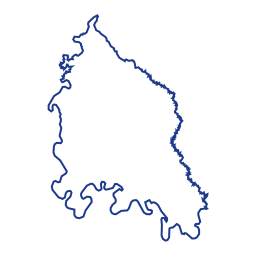 the district of Taraira, Vaupés, Colombia
{"feature_id": "7082276B12935674193542", "entity_name": "Taraira", "entity_type": "district", "adm_level": 2, "iso_a3": "COL", "parent_name": "Colombia", "parent_adm1": "Vaupés", "projection": "natural_earth1", "projection_center": [-69.918, -0.672], "detail": "fine", "context": "isolated", "style": "outline", "palette": "blue", "viewbox_px": 256, "rotation_deg": 0, "n_neighbors": 0, "source": "geoboundaries", "source_scale": "gbopen_adm2", "svg_char_len": 5792}
<svg xmlns="http://www.w3.org/2000/svg" viewBox="0 0 256 256"><path d="M204.9,208.5L205.2,208.0L206.0,209.0L207.1,208.6L205.3,206.8L206.1,206.8L206.6,204.3L207.4,203.4L206.3,203.9L205.6,203.2L205.4,201.5L204.9,202.8L205.0,201.7L203.2,201.4L202.7,199.1L204.1,200.2L203.8,199.2L205.1,198.4L204.5,197.4L207.1,196.7L205.6,196.8L205.0,195.7L207.1,195.8L207.4,194.1L204.5,195.3L203.9,192.5L202.0,193.8L201.1,192.5L200.3,193.2L200.2,192.1L198.8,191.0L199.7,187.9L198.6,187.5L198.1,185.9L197.4,186.2L195.6,183.9L194.4,184.9L194.5,183.2L193.2,184.2L193.7,183.0L191.6,182.2L191.3,179.8L190.4,180.8L189.8,179.1L188.7,179.6L188.2,179.2L189.0,178.5L188.0,177.6L188.4,175.9L187.0,175.1L189.5,174.2L187.7,173.1L189.3,172.7L188.7,172.3L189.2,171.3L187.8,170.0L189.0,169.2L187.5,168.8L188.5,168.9L188.6,167.9L187.6,167.6L187.2,165.8L186.9,167.5L186.3,165.8L185.2,166.4L184.4,165.4L184.5,164.3L183.4,164.4L183.1,163.0L181.7,163.4L180.3,161.8L180.3,160.5L181.3,160.3L182.9,157.7L181.8,155.3L180.9,154.9L181.0,155.9L179.9,155.9L180.1,153.7L179.4,154.6L178.9,154.3L179.3,153.7L178.5,154.0L178.5,152.8L177.5,151.7L178.4,151.6L178.0,150.2L176.5,150.8L175.3,150.7L176.2,149.7L175.2,149.4L175.6,148.5L175.1,147.3L174.4,148.0L173.5,146.9L174.5,144.8L172.3,145.3L172.9,143.0L172.3,142.3L171.7,143.2L171.1,142.9L172.8,141.2L171.4,141.1L171.4,139.5L172.2,140.2L172.7,139.2L174.2,138.9L172.8,137.5L173.9,137.2L174.1,138.0L174.6,137.9L175.0,136.8L174.1,136.1L174.5,135.6L175.3,136.2L175.3,134.0L176.0,133.5L175.2,132.9L176.4,132.4L175.8,131.2L176.8,132.0L176.5,130.6L177.1,131.1L177.6,130.0L178.7,129.8L178.2,128.0L179.3,128.1L179.8,126.9L179.1,126.9L178.8,125.7L180.2,125.9L179.5,125.5L180.1,124.9L179.9,123.6L182.3,120.8L181.3,119.7L180.6,120.2L180.0,119.6L179.8,119.1L180.5,119.2L180.3,118.4L181.0,117.9L179.5,116.3L178.8,117.3L178.0,117.1L178.6,116.4L177.3,114.8L177.6,113.9L175.0,112.5L174.9,111.4L176.5,109.2L176.0,108.8L176.6,108.2L176.2,106.5L177.1,105.5L176.9,104.8L176.2,104.8L176.9,104.2L176.5,103.5L176.0,104.2L175.9,102.9L175.0,102.8L175.8,102.2L173.1,100.1L173.5,98.0L173.0,98.0L173.5,97.6L173.0,97.2L174.2,96.2L173.7,95.5L174.4,94.2L173.6,93.7L174.1,93.3L173.5,92.7L173.0,93.4L172.0,92.3L172.2,92.9L171.3,93.2L171.1,92.0L170.0,91.5L169.6,92.4L169.3,91.3L168.4,91.9L168.2,89.1L166.3,88.4L164.7,86.4L164.3,87.1L164.0,85.9L163.4,86.7L162.6,85.8L161.6,86.5L161.4,85.1L160.5,85.7L160.9,85.3L159.4,84.2L159.0,84.9L159.2,83.7L158.5,84.0L158.7,83.2L157.2,84.0L157.0,83.1L156.4,83.9L156.1,82.6L155.5,83.2L154.5,82.9L154.6,81.6L154.3,82.5L154.1,81.4L153.9,82.1L153.4,82.2L153.5,81.4L153.1,81.7L152.6,80.5L151.6,80.5L151.0,79.7L150.8,77.3L150.3,77.9L150.3,76.9L149.9,77.5L149.4,77.0L149.0,75.2L148.4,75.7L148.7,74.6L147.2,73.5L146.6,73.7L145.5,71.8L144.9,71.9L145.0,71.1L144.0,72.0L142.3,71.4L141.6,70.6L141.9,69.6L140.2,69.1L138.5,67.3L135.5,67.9L134.8,63.6L134.0,61.3L133.3,61.3L132.7,60.2L128.6,60.8L126.1,59.5L125.3,59.9L124.9,61.1L119.4,57.8L116.8,53.6L116.7,51.4L115.1,51.4L113.9,49.3L114.1,48.4L110.8,46.2L108.7,41.8L106.7,40.7L106.6,38.9L105.5,37.0L100.8,33.7L99.5,31.9L96.2,30.2L94.1,25.0L95.6,21.9L96.6,21.2L97.2,17.9L98.0,16.5L97.3,15.4L93.9,17.2L88.3,22.5L88.1,24.6L88.9,26.6L86.6,32.4L84.9,33.7L83.3,33.5L82.7,34.7L81.1,34.4L79.1,37.0L74.5,36.7L73.2,39.4L74.7,41.6L79.1,42.2L81.0,43.8L81.0,45.5L81.9,46.6L81.7,47.6L83.0,50.7L81.9,52.8L78.4,55.6L77.3,55.7L76.2,54.6L74.3,55.3L72.2,57.3L72.9,59.2L70.3,59.1L68.5,60.6L67.4,59.6L68.1,56.5L67.8,55.5L63.6,55.1L63.1,56.2L64.4,59.4L63.4,59.7L64.2,61.8L63.4,62.9L61.3,62.7L62.0,63.8L61.0,65.4L60.6,63.7L59.7,64.7L60.6,66.8L62.2,67.0L61.5,68.2L62.8,68.4L63.6,67.6L64.4,68.1L64.3,69.0L66.2,67.1L66.9,64.5L67.6,64.6L68.7,66.8L71.7,66.6L70.7,67.3L70.5,69.2L69.3,69.8L70.0,71.7L67.3,72.3L66.8,71.4L66.0,71.5L65.9,73.3L64.8,73.4L63.9,74.5L64.1,76.2L62.5,76.3L63.8,78.5L60.8,79.7L61.9,81.9L62.8,82.2L66.5,80.1L68.5,81.0L70.6,85.1L70.2,87.6L68.7,88.6L64.9,86.7L62.7,87.0L59.6,92.4L54.1,96.0L48.6,105.4L48.7,109.5L51.3,111.4L52.8,110.0L52.5,106.6L53.0,105.2L54.0,104.5L56.1,104.9L59.0,109.1L59.6,112.5L60.7,114.0L59.9,116.7L60.9,118.7L60.8,121.4L59.8,124.2L61.3,128.0L59.6,136.0L61.8,140.0L61.9,141.7L60.7,143.2L56.8,142.8L54.7,144.3L53.9,146.8L53.5,152.2L54.7,155.7L60.2,160.4L66.8,171.4L66.0,173.4L61.6,176.3L59.9,181.9L58.2,182.3L55.3,181.0L53.7,181.6L51.8,186.4L52.5,189.9L58.5,197.3L62.6,198.9L64.9,197.4L65.8,193.3L67.0,191.5L69.7,190.8L70.9,191.4L71.5,192.7L70.4,196.6L66.2,201.0L65.7,204.8L66.8,207.0L68.4,208.2L74.4,209.6L74.3,214.5L74.9,216.0L76.4,217.6L79.4,218.2L83.4,216.6L85.6,210.4L91.7,202.0L91.3,198.6L90.2,197.0L87.0,196.7L83.5,198.8L82.4,198.3L81.4,196.6L81.0,194.5L81.6,192.6L86.9,185.6L90.9,183.8L92.6,183.9L94.3,185.5L96.4,189.2L98.6,190.6L100.6,189.9L101.5,188.7L100.9,183.8L102.0,181.8L103.9,182.0L105.3,183.4L104.1,187.6L104.7,188.9L106.1,189.7L112.8,188.0L115.2,183.9L117.2,184.1L121.6,187.1L122.7,189.4L121.7,190.5L119.4,189.0L113.6,193.4L113.5,195.8L115.6,199.2L115.8,201.2L115.3,202.5L112.4,204.9L110.7,208.0L110.6,210.5L111.8,212.9L113.7,214.0L115.9,214.2L121.2,210.9L127.2,210.4L128.7,208.8L131.2,202.3L132.9,200.6L135.2,200.1L136.7,200.3L138.0,201.7L143.8,212.4L146.4,214.1L149.9,214.3L151.7,213.0L152.0,210.9L151.0,210.1L148.9,210.0L147.9,209.3L146.7,207.3L145.2,202.2L149.4,200.1L151.5,203.1L153.7,202.2L155.9,203.2L158.1,205.2L161.4,211.3L166.9,218.0L167.1,220.3L166.4,221.6L165.4,220.4L164.8,218.1L162.1,218.0L161.4,219.3L161.9,225.1L161.6,235.7L163.0,239.0L165.5,240.6L167.5,240.0L169.1,237.5L169.4,228.7L170.2,227.9L173.1,227.4L176.8,224.0L179.4,225.8L181.8,233.6L184.1,234.1L184.5,233.2L186.3,233.4L192.1,238.5L194.8,238.4L196.9,237.3L199.1,234.0L199.1,229.8L198.0,227.2L195.3,225.9L195.0,225.1L196.0,223.9L198.7,224.0L200.2,221.7L198.3,214.9L198.4,212.7L200.7,209.2L204.9,208.5Z" fill="none" stroke="#1e3a8a" stroke-width="2"/></svg>